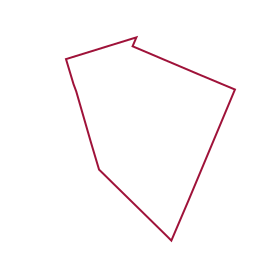 Atascosa, Texas, United States of America (orthographic projection), rotated 203°
{"feature_id": "52423323B50957806098426", "entity_name": "Atascosa", "entity_type": "district", "adm_level": 2, "iso_a3": "USA", "parent_name": "United States of America", "parent_adm1": "Texas", "projection": "orthographic", "projection_center": [-98.513, 28.932], "detail": "fine", "context": "isolated", "style": "outline", "palette": "rose", "viewbox_px": 256, "rotation_deg": 203, "n_neighbors": 0, "source": "geoboundaries", "source_scale": "gbopen_adm2", "svg_char_len": 334}
<svg xmlns="http://www.w3.org/2000/svg" viewBox="0 0 256 256"><g transform="rotate(203 128 128)"><path d="M44.6,205.2L84.8,205.0L155.7,205.0L155.7,214.7L212.0,167.2L195.3,147.1L189.9,141.4L156.6,100.4L138.4,78.4L130.2,75.2L120.1,71.2L50.0,43.7L44.1,41.3L44.0,84.8L44.6,205.2Z" fill="none" stroke="#9f1239" stroke-width="2"/></g></svg>